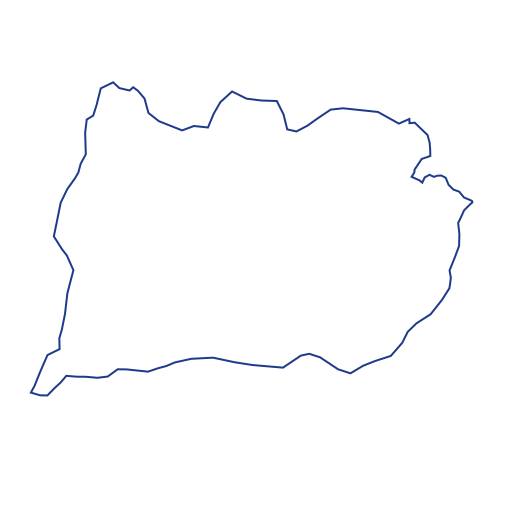 the district of Zoopigi, Limassol, Cyprus, rotated 6°
{"feature_id": "46923920B29369326831274", "entity_name": "Zoopigi", "entity_type": "district", "adm_level": 2, "iso_a3": "CYP", "parent_name": "Cyprus", "parent_adm1": "Limassol", "projection": "equal_earth", "projection_center": [33.004, 34.864], "detail": "fine", "context": "isolated", "style": "outline", "palette": "blue", "viewbox_px": 512, "rotation_deg": 6, "n_neighbors": 0, "source": "geoboundaries", "source_scale": "gbopen_adm2", "svg_char_len": 1685}
<svg xmlns="http://www.w3.org/2000/svg" viewBox="0 0 512 512"><g transform="rotate(6 256 256)"><path d="M394.2,103.7L384.3,109.4L362.2,100.0L345.5,100.0L327.1,100.0L315.0,102.6L307.2,109.1L301.3,114.1L293.7,120.9L283.2,127.9L273.8,126.8L268.6,112.3L260.5,99.7L244.9,100.8L230.1,100.5L215.0,94.9L204.5,106.7L199.1,118.8L194.8,133.2L183.0,133.2L180.7,133.2L169.4,138.8L145.4,132.1L134.1,125.0L128.7,111.1L121.4,104.1L116.2,101.0L113.0,104.6L102.5,103.3L95.8,98.2L84.1,105.5L81.6,122.9L79.4,133.4L73.4,138.0L73.2,151.3L76.1,172.6L72.0,182.6L70.6,191.5L67.8,197.8L61.3,209.2L56.2,223.4L54.3,243.4L52.9,257.6L62.4,269.6L67.8,275.2L75.9,289.2L74.5,298.2L72.3,312.9L72.1,333.7L70.6,349.5L69.0,358.4L70.4,369.1L59.0,376.3L56.4,384.4L53.1,395.0L49.3,408.4L47.5,412.7L46.4,415.4L55.9,417.1L63.1,416.5L69.5,408.4L75.1,402.0L79.9,395.0L89.9,394.8L99.4,393.9L111.0,393.7L121.1,391.4L130.3,383.1L139.3,382.3L150.1,382.3L160.7,382.3L170.0,378.0L178.3,374.8L186.5,370.3L202.4,365.0L223.9,361.6L246.0,363.9L264.1,364.8L294.5,364.2L311.0,350.4L319.1,347.7L330.4,350.1L349.5,360.1L362.2,362.8L374.1,353.9L385.4,348.0L400.5,341.3L410.5,327.1L414.8,315.6L422.6,306.2L435.8,295.6L445.5,280.3L451.7,267.9L452.0,261.4L452.0,257.0L450.0,250.1L453.8,236.9L456.9,224.9L456.0,213.0L454.0,203.9L453.6,201.9L454.8,198.9L458.2,188.8L463.3,182.5L465.6,180.1L465.0,178.6L462.6,177.8L456.8,176.1L451.4,170.8L445.4,169.3L440.1,165.1L436.5,158.4L431.9,156.6L428.0,157.2L424.6,158.7L420.1,157.1L415.6,160.2L413.7,165.7L410.7,163.7L402.5,161.0L404.7,156.4L404.7,153.5L410.7,142.1L418.9,138.3L418.1,132.0L416.9,125.4L414.0,117.8L399.9,106.8L394.8,107.9L394.2,103.7Z" fill="none" stroke="#1e3a8a" stroke-width="2"/></g></svg>